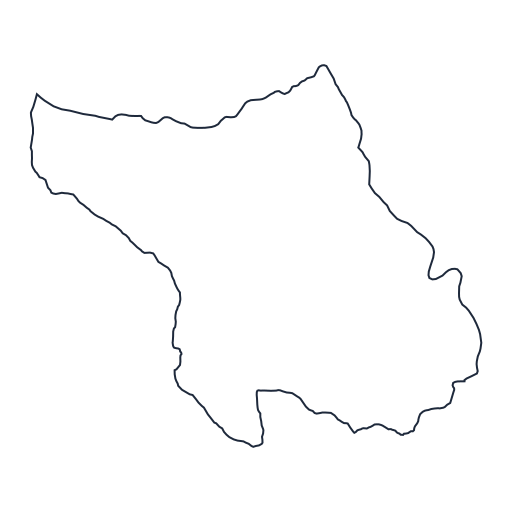 outline of Dorokha, Samchi, Bhutan
{"feature_id": "84629894B5574782149545", "entity_name": "Dorokha", "entity_type": "district", "adm_level": 2, "iso_a3": "BTN", "parent_name": "Bhutan", "parent_adm1": "Samchi", "projection": "equal_earth", "projection_center": [89.195, 26.97], "detail": "fine", "context": "isolated", "style": "outline", "palette": "slate", "viewbox_px": 512, "rotation_deg": 0, "n_neighbors": 0, "source": "geoboundaries", "source_scale": "gbopen_adm2", "svg_char_len": 5851}
<svg xmlns="http://www.w3.org/2000/svg" viewBox="0 0 512 512"><path d="M51.3,192.6L53.2,193.5L55.8,194.0L58.5,193.5L61.8,192.8L64.8,193.2L67.9,193.4L70.5,194.0L73.3,194.5L74.7,196.1L77.0,198.8L78.4,201.0L80.1,202.7L83.5,204.9L86.7,207.7L89.4,209.6L90.5,211.2L94.6,214.5L98.1,216.6L101.3,218.0L103.3,218.9L106.3,220.9L109.7,222.7L111.8,224.4L115.7,226.3L117.9,228.2L120.8,230.7L122.7,233.3L126.0,235.2L128.8,238.1L130.3,240.9L132.3,242.5L134.9,245.0L137.1,247.2L141.1,250.2L141.9,251.3L144.4,252.9L150.0,252.6L153.2,253.4L154.5,255.2L156.3,258.3L158.4,261.9L161.0,263.4L164.1,265.5L167.9,267.7L170.1,270.5L171.3,272.9L171.9,276.1L173.0,278.5L174.1,280.6L174.9,283.5L176.6,287.2L177.6,289.1L178.8,291.0L179.9,292.4L180.0,294.8L180.3,298.1L180.3,299.9L179.7,302.8L179.1,305.1L177.9,306.6L177.2,309.3L176.2,311.3L175.5,315.0L175.3,318.2L175.8,321.7L175.6,324.2L175.1,327.2L173.9,328.5L173.2,331.5L173.1,336.6L172.8,341.3L172.6,342.6L172.8,344.0L173.1,345.9L173.9,347.5L174.8,347.9L176.7,348.3L178.2,348.5L179.6,349.2L180.0,350.4L180.2,351.6L181.1,352.4L181.5,354.0L180.5,355.4L180.3,357.4L180.4,361.7L180.0,365.0L177.8,367.7L176.5,369.3L174.6,370.2L174.7,374.3L175.4,378.6L176.4,381.2L177.7,383.6L178.2,385.8L182.0,389.8L189.7,394.3L192.6,395.0L195.9,399.1L198.5,402.6L201.9,406.0L203.9,407.6L207.9,414.4L210.7,417.9L214.3,422.6L216.2,423.3L219.3,426.7L222.2,428.4L224.0,431.9L226.5,434.7L229.3,437.1L233.7,439.4L237.6,440.6L240.8,441.0L243.5,441.4L245.7,442.6L248.7,443.8L251.5,446.0L253.3,446.8L255.8,446.0L259.0,445.4L261.7,443.9L262.5,442.7L262.4,439.6L262.0,436.8L263.1,433.5L263.4,430.2L263.1,429.0L261.7,425.5L261.2,421.2L260.3,417.0L260.3,415.3L260.3,413.4L258.9,411.6L258.0,409.9L257.6,407.6L257.3,404.6L257.0,398.3L256.7,394.9L256.8,392.1L257.4,390.7L258.6,390.3L260.5,390.6L264.0,390.5L266.1,390.6L271.0,390.8L276.2,390.6L278.3,390.1L280.1,390.3L282.7,391.3L286.7,392.5L290.1,392.8L292.3,393.2L294.9,394.9L297.3,396.5L299.0,397.5L300.5,398.8L305.8,406.5L306.7,407.4L309.0,409.6L311.0,410.4L312.8,411.0L314.6,413.0L316.6,413.6L319.2,413.2L321.2,412.8L322.4,412.5L324.6,412.5L328.0,412.7L330.9,412.9L332.8,414.2L334.6,415.4L336.8,418.0L337.8,419.4L339.7,420.4L341.7,421.8L344.0,423.1L346.2,423.2L347.7,423.5L349.2,425.9L350.2,427.5L353.1,431.5L354.3,432.8L355.8,432.0L357.4,430.3L359.5,429.6L360.8,429.3L362.2,428.5L363.5,428.2L366.8,428.5L367.8,428.0L368.8,427.4L370.5,426.9L372.7,425.7L374.5,424.5L376.7,424.3L378.8,424.3L379.7,424.6L380.9,424.9L382.6,425.6L383.7,426.3L385.2,427.2L388.5,429.3L389.8,429.1L390.9,429.1L392.3,429.8L393.4,430.0L394.5,430.4L395.4,430.7L396.8,432.4L398.2,433.2L399.5,433.6L400.6,434.7L402.0,434.8L403.1,434.9L404.0,433.7L405.7,433.6L407.2,433.3L408.4,433.0L409.2,432.3L411.0,431.2L412.8,431.3L414.0,430.2L414.2,428.5L414.5,427.4L415.1,426.1L416.3,424.5L417.2,423.3L418.2,421.2L418.4,419.5L418.9,417.4L419.7,415.3L420.2,414.1L422.7,411.8L424.8,410.7L426.4,410.3L428.4,410.0L431.3,409.0L434.6,408.5L438.1,408.2L439.6,408.4L443.3,407.7L444.8,407.0L447.2,404.7L450.2,403.0L451.5,398.7L453.4,392.3L454.2,389.9L454.1,388.2L453.2,387.0L452.6,385.3L453.2,382.9L455.1,381.9L457.7,381.4L464.5,381.3L464.5,380.1L466.6,378.5L471.5,376.2L476.9,373.5L477.7,371.1L477.0,367.7L476.6,364.1L476.8,361.4L477.8,356.4L479.8,351.5L480.5,348.6L481.3,342.8L480.1,334.1L478.9,329.8L476.4,323.8L473.5,317.9L468.8,310.7L466.1,307.6L462.3,304.6L459.7,299.6L459.1,296.9L459.0,293.3L459.2,286.3L460.4,282.7L461.7,276.2L460.7,273.1L457.4,269.3L454.9,268.8L451.8,269.0L448.7,270.2L446.0,272.2L442.5,275.6L435.9,279.0L432.4,279.4L429.4,278.0L428.5,275.2L428.8,271.5L430.3,266.4L433.2,257.6L434.0,252.2L433.5,249.1L432.5,246.5L429.1,242.0L425.6,238.2L421.0,234.6L417.1,232.1L411.2,225.9L408.8,224.0L407.5,223.0L401.6,221.0L397.1,218.8L394.2,215.8L389.8,211.0L387.1,205.4L383.6,202.1L379.3,196.9L374.9,193.1L372.9,190.2L371.7,188.5L369.2,184.4L369.6,176.5L369.8,171.1L369.5,165.4L369.3,163.9L368.8,161.2L365.1,156.8L363.3,153.7L362.7,152.4L361.3,150.8L358.3,147.6L359.0,145.5L359.3,144.4L361.0,138.9L361.2,137.6L361.4,135.8L361.6,134.3L361.5,132.1L361.5,130.7L360.7,128.1L359.4,124.7L358.5,123.4L355.9,120.2L354.8,119.4L353.2,117.6L351.5,115.1L351.0,112.7L349.8,109.3L348.0,104.8L346.9,102.3L345.9,101.0L345.4,99.7L344.1,97.3L342.9,95.9L342.1,95.1L340.6,92.4L339.3,90.1L338.6,88.8L338.0,87.2L335.6,84.2L333.7,78.6L330.7,73.5L326.4,66.0L324.1,65.2L322.0,65.4L320.1,66.3L318.8,67.3L316.5,71.7L314.7,75.3L313.9,76.3L311.0,77.3L307.2,78.2L305.0,80.2L304.1,80.7L302.0,81.4L300.0,82.9L298.3,85.1L297.0,85.7L295.6,86.1L293.7,86.2L292.1,87.0L291.5,88.3L290.2,90.6L288.5,92.3L286.1,93.3L284.7,94.0L283.1,93.5L281.3,92.6L279.0,91.1L277.0,91.3L274.8,91.9L273.8,92.8L271.0,94.1L270.0,94.7L265.8,97.6L264.1,98.4L262.3,99.1L260.0,99.5L257.3,99.7L255.6,99.8L250.8,100.2L247.3,101.6L245.2,103.3L242.8,106.9L241.6,108.8L239.5,111.6L237.4,114.5L236.0,116.2L234.2,117.0L233.1,117.1L230.8,117.3L228.9,117.1L226.3,116.9L224.7,117.4L222.1,119.7L220.9,120.7L218.2,124.2L214.9,126.0L211.5,127.0L204.9,127.8L198.2,127.9L192.8,127.6L190.6,127.1L189.1,126.2L184.6,123.6L181.0,123.2L176.0,121.2L172.5,119.3L171.0,118.3L169.3,117.6L167.2,117.2L164.6,117.3L162.8,118.2L160.5,120.2L158.5,121.9L157.3,122.5L156.0,123.0L153.6,122.8L151.4,122.3L148.1,121.2L145.2,120.3L142.7,118.2L141.1,116.0L139.2,115.9L137.9,116.0L135.4,116.0L131.5,115.9L128.9,115.7L125.9,114.9L121.5,114.4L118.1,114.9L115.4,116.3L112.2,119.6L110.1,119.1L98.9,116.9L95.4,115.8L83.2,114.0L70.1,110.7L61.7,109.3L53.6,106.3L44.7,100.7L40.7,97.6L36.9,94.2L35.5,99.5L33.3,106.9L31.2,111.8L30.9,112.8L31.1,116.1L31.8,119.6L32.4,123.9L33.0,127.9L33.0,133.5L32.3,136.8L32.0,139.8L30.7,147.6L31.9,151.2L31.9,155.0L32.0,158.2L31.8,162.0L32.0,165.1L33.0,167.7L35.4,171.7L36.7,172.8L38.6,175.7L39.5,177.2L42.6,178.1L45.5,180.0L46.1,181.9L48.0,187.7L50.4,190.2L51.3,192.6Z" fill="none" stroke="#1e293b" stroke-width="2"/></svg>